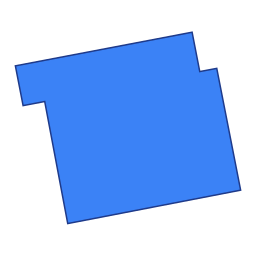 outline of Calhoun, Iowa, United States of America, rotated 349°
{"feature_id": "52423323B65243401822289", "entity_name": "Calhoun", "entity_type": "district", "adm_level": 2, "iso_a3": "USA", "parent_name": "United States of America", "parent_adm1": "Iowa", "projection": "robinson", "projection_center": [-94.625, 42.385], "detail": "fine", "context": "isolated", "style": "filled", "palette": "blue", "viewbox_px": 256, "rotation_deg": 349, "n_neighbors": 0, "source": "geoboundaries", "source_scale": "gbopen_adm2", "svg_char_len": 281}
<svg xmlns="http://www.w3.org/2000/svg" viewBox="0 0 256 256"><g transform="rotate(349 128 128)"><path d="M226.7,210.5L226.5,86.4L209.2,86.3L209.2,46.2L29.3,45.5L29.3,86.0L51.3,86.1L50.6,210.3L138.3,210.4L226.7,210.5Z" fill="#3b82f6" stroke="#1e3a8a" stroke-width="1.5"/></g></svg>